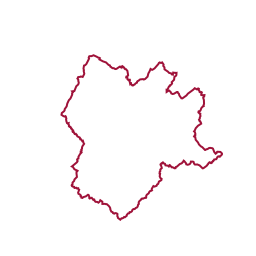 the district of Bawlake, Kayah, Myanmar, rotated 51°
{"feature_id": "60261553B12408734015728", "entity_name": "Bawlake", "entity_type": "district", "adm_level": 2, "iso_a3": "MMR", "parent_name": "Myanmar", "parent_adm1": "Kayah", "projection": "albers", "projection_center": [97.439, 18.919], "detail": "fine", "context": "isolated", "style": "outline", "palette": "rose", "viewbox_px": 256, "rotation_deg": 51, "n_neighbors": 0, "source": "geoboundaries", "source_scale": "gbopen_adm2", "svg_char_len": 5777}
<svg xmlns="http://www.w3.org/2000/svg" viewBox="0 0 256 256"><g transform="rotate(51 128 128)"><path d="M206.9,71.0L204.8,71.2L202.7,73.5L202.7,74.3L203.2,74.9L203.1,76.1L201.0,76.1L197.6,75.0L196.9,75.1L195.2,76.6L194.6,77.5L194.4,79.5L193.8,80.6L193.8,81.6L193.5,82.0L189.7,82.3L188.2,82.9L185.4,83.2L183.3,82.7L179.7,82.8L177.5,81.5L176.2,82.0L175.6,80.6L175.9,80.2L174.9,79.3L173.3,78.6L172.2,78.8L171.9,77.6L170.8,75.5L170.3,72.2L170.7,68.4L169.3,67.8L168.1,68.0L167.9,67.7L167.3,67.9L166.2,67.6L165.9,66.3L165.1,65.7L164.3,64.1L163.5,63.8L162.7,63.1L162.4,63.2L162.2,62.8L160.7,63.5L160.0,63.4L159.5,62.6L160.1,61.5L160.0,60.7L158.7,58.5L158.4,56.9L158.6,55.3L157.9,55.2L157.2,53.8L154.0,51.4L151.9,50.6L151.5,50.2L151.5,49.0L150.5,47.9L149.2,49.7L148.5,50.3L148.1,50.1L146.8,48.2L146.3,48.3L145.7,49.4L145.2,49.7L144.4,49.2L143.3,49.3L142.9,48.9L142.4,49.1L142.0,48.3L141.4,48.6L141.3,50.2L139.1,51.1L139.3,53.1L139.0,59.8L139.5,62.2L139.2,67.1L138.5,67.8L135.0,67.6L133.5,66.9L131.9,67.1L131.2,66.8L130.8,67.3L130.3,70.7L129.7,71.9L128.4,72.6L126.8,72.2L124.8,72.5L124.5,73.3L124.3,75.3L122.5,73.9L123.1,73.3L121.5,70.1L121.8,69.3L121.2,68.6L121.5,67.0L121.1,65.7L119.9,65.2L119.5,61.8L117.5,59.8L117.6,58.0L117.2,56.7L117.2,57.0L115.7,55.6L115.3,56.4L114.7,56.6L113.9,57.8L113.4,58.0L114.0,59.0L114.8,59.5L114.0,60.2L112.7,60.1L111.0,61.4L109.3,61.5L105.4,62.7L103.8,61.5L101.9,61.5L101.1,60.4L98.5,60.2L98.3,61.4L97.0,62.1L96.9,63.1L97.4,64.1L98.4,69.9L98.2,71.8L98.0,72.7L96.3,73.3L97.6,75.7L98.4,77.8L100.4,80.5L100.7,83.8L100.3,85.2L99.6,85.4L98.0,87.8L97.8,88.4L97.9,89.8L97.6,91.2L97.8,91.9L98.4,92.4L98.1,94.0L98.4,95.7L98.1,96.2L98.1,97.4L97.7,97.8L97.2,97.7L96.9,98.0L96.3,98.1L94.9,97.4L94.6,97.8L94.8,98.4L92.4,97.2L92.2,96.6L92.2,96.8L92.0,96.3L91.6,96.2L91.3,96.7L91.2,97.5L89.7,97.7L89.0,97.0L88.4,96.9L87.6,97.6L87.0,96.9L87.4,95.8L87.1,94.7L83.2,92.5L80.9,92.6L80.4,93.2L79.7,93.3L79.0,93.0L78.6,93.2L78.2,93.1L77.5,93.6L77.4,93.2L76.6,93.4L77.0,94.6L76.5,94.5L76.1,94.3L75.9,94.5L76.1,95.5L75.1,95.9L74.8,99.7L74.4,100.5L74.0,100.9L72.5,101.4L72.0,102.2L70.8,102.7L70.0,102.7L69.4,103.1L67.9,102.7L66.8,103.4L63.2,103.8L60.5,105.5L56.7,107.1L56.0,105.9L55.3,106.2L54.1,107.1L53.2,107.3L49.8,109.0L49.2,111.1L48.2,112.3L47.9,113.1L48.7,114.4L49.6,114.6L52.1,120.2L52.2,121.9L51.8,122.9L53.8,125.2L55.4,125.9L55.7,126.5L58.3,127.8L58.8,128.7L59.8,131.1L58.3,132.2L58.1,133.2L57.4,134.0L57.1,135.0L57.7,135.6L57.8,136.2L59.1,136.2L60.3,137.1L61.6,137.6L62.5,138.6L62.9,139.7L63.0,141.9L65.5,146.4L64.4,148.3L65.6,148.3L65.8,149.6L66.9,150.3L68.3,153.0L68.9,154.3L69.1,156.2L69.6,157.4L70.8,159.8L72.6,162.1L73.5,165.3L74.4,166.2L74.7,167.1L74.7,170.0L75.9,171.4L78.2,170.7L79.3,170.0L79.4,169.2L79.9,169.1L81.9,170.0L82.2,170.6L84.1,171.7L85.9,172.3L86.4,172.0L86.8,171.1L87.5,172.0L88.6,172.0L89.4,172.8L90.4,172.7L90.8,172.0L92.3,172.2L92.6,172.6L93.1,172.5L93.3,172.2L94.2,172.4L95.4,172.1L95.9,172.5L95.9,172.8L95.4,172.7L95.5,173.1L96.3,173.4L96.8,172.8L97.2,172.7L98.1,173.1L99.2,173.2L100.0,172.6L99.9,172.2L101.1,172.1L101.5,172.4L102.7,172.6L105.0,171.5L105.7,171.6L105.9,172.0L106.8,172.2L107.3,171.6L109.5,171.8L109.6,171.1L112.1,172.1L112.7,172.1L113.5,174.9L114.2,176.0L115.2,176.8L115.4,177.9L116.5,178.3L116.4,179.4L117.1,179.5L117.2,179.9L117.8,179.7L118.1,181.8L119.1,184.5L120.5,185.7L120.2,186.5L120.5,187.4L121.5,187.7L121.7,188.2L122.2,188.3L122.5,189.4L122.6,195.8L123.6,195.3L126.3,195.6L129.5,194.1L129.7,194.6L129.4,195.3L130.7,196.5L133.9,198.5L134.3,202.0L135.2,203.1L135.5,205.4L137.0,206.7L136.8,207.2L137.0,207.8L137.9,208.1L138.8,207.8L139.8,206.9L140.9,207.3L142.0,205.7L142.7,205.8L143.5,204.6L144.4,205.1L145.2,204.8L146.9,207.5L148.0,207.9L149.5,207.2L150.3,207.1L151.2,207.8L151.6,207.4L152.8,208.1L153.7,207.4L153.6,206.2L154.6,203.8L154.7,201.1L155.2,200.8L157.1,201.3L158.0,202.2L158.6,202.2L159.4,200.1L161.9,200.2L162.0,199.4L162.3,199.2L163.5,199.7L164.9,199.7L166.1,198.4L167.4,198.0L167.4,196.6L166.7,195.0L169.1,194.3L170.9,195.7L172.5,193.6L173.2,193.2L173.8,192.4L176.3,192.0L178.0,192.0L179.2,192.3L180.2,193.0L182.5,193.6L183.7,192.9L184.8,193.2L185.9,192.6L186.0,191.6L186.5,191.0L187.6,190.4L188.2,190.3L189.8,191.8L190.7,191.9L191.5,192.4L194.4,191.7L194.1,189.9L194.6,189.4L194.9,188.1L194.7,187.0L195.4,186.6L195.4,184.2L194.8,183.7L194.4,181.9L195.0,180.8L194.4,179.7L195.1,179.0L195.2,177.4L194.4,176.1L194.4,174.8L194.9,174.3L195.2,173.7L195.0,172.4L195.4,171.0L195.1,169.9L194.0,168.5L193.8,167.3L193.0,166.9L192.4,166.3L192.0,165.2L191.9,163.0L191.5,162.1L191.7,161.3L192.2,161.1L192.5,160.5L192.8,158.9L193.6,158.1L193.3,157.4L192.3,156.7L191.7,155.4L191.8,153.0L191.2,152.1L190.9,150.6L191.5,149.2L191.5,148.5L190.8,148.4L190.2,147.8L189.1,144.8L190.2,144.3L190.9,142.2L190.2,140.9L190.4,139.7L189.1,137.7L189.5,134.9L188.7,133.9L187.5,134.3L186.2,134.0L185.5,133.8L183.7,131.8L183.2,132.1L181.9,130.8L181.9,130.1L180.6,129.0L180.4,126.9L177.6,125.8L177.0,125.9L176.7,125.6L176.5,124.1L177.1,123.6L176.7,123.1L176.7,122.5L178.2,122.4L179.1,121.8L180.6,122.4L182.4,120.7L183.6,120.5L183.0,119.0L183.3,118.8L184.6,118.9L185.3,118.6L186.0,118.8L186.6,118.0L188.6,117.2L189.1,116.4L188.6,116.0L188.4,115.4L188.8,114.5L188.6,110.3L189.2,108.7L189.2,107.8L188.9,107.1L189.0,106.4L188.4,105.3L188.9,105.1L191.9,105.1L192.9,105.6L194.2,104.7L194.9,102.8L194.5,101.2L193.7,100.3L195.0,98.7L195.7,98.4L197.0,99.0L198.3,99.1L199.2,98.2L199.9,97.1L202.1,95.9L206.3,95.4L206.7,94.7L206.9,91.0L206.8,89.9L206.4,89.2L206.5,88.6L206.1,87.9L205.9,86.2L206.2,85.9L207.1,85.9L207.6,85.6L207.8,84.7L207.2,83.9L207.5,82.8L207.0,82.5L207.1,81.5L206.7,80.9L207.8,79.0L206.7,76.4L206.9,75.6L207.6,75.3L208.1,74.7L207.7,73.9L208.0,72.8L207.5,71.4L206.9,71.0Z" fill="none" stroke="#9f1239" stroke-width="2"/></g></svg>